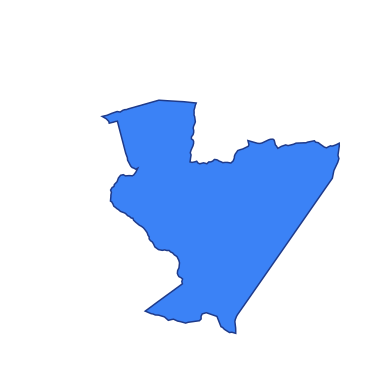 outline of Inajá, Pernambuco, Brazil, rotated 215°
{"feature_id": "56859067B51335287871897", "entity_name": "Inajá", "entity_type": "district", "adm_level": 2, "iso_a3": "BRA", "parent_name": "Brazil", "parent_adm1": "Pernambuco", "projection": "natural_earth1", "projection_center": [-37.801, -8.807], "detail": "fine", "context": "isolated", "style": "filled", "palette": "blue", "viewbox_px": 384, "rotation_deg": 215, "n_neighbors": 0, "source": "geoboundaries", "source_scale": "gbopen_adm2", "svg_char_len": 2907}
<svg xmlns="http://www.w3.org/2000/svg" viewBox="0 0 384 384"><g transform="rotate(215 192 192)"><path d="M75.1,101.3L77.1,104.1L78.3,105.7L82.6,110.5L83.4,112.4L84.2,115.6L84.4,117.6L84.4,134.8L84.6,196.4L84.8,246.8L84.9,273.3L84.9,283.7L88.1,291.0L89.6,299.8L90.8,303.6L93.5,305.8L97.7,314.1L99.4,316.4L101.1,313.3L102.5,311.3L103.6,309.9L105.0,309.3L106.2,307.3L107.1,305.4L109.2,304.7L113.8,304.7L116.9,304.8L119.4,303.7L121.1,304.2L125.9,299.2L126.9,297.6L128.5,296.5L134.8,291.7L136.2,289.4L139.9,285.1L142.3,284.3L145.0,280.6L146.7,277.0L149.3,278.1L150.7,278.4L154.4,281.6L156.0,281.7L158.1,280.1L159.2,278.6L162.7,272.4L164.2,270.7L166.2,269.5L175.7,266.2L172.5,263.4L172.1,261.8L173.8,258.7L175.2,256.2L176.8,254.3L178.3,252.2L178.3,250.4L178.3,247.7L177.8,245.7L176.8,244.0L176.1,241.1L176.8,238.0L179.7,236.7L181.8,235.3L183.6,233.7L185.6,233.4L187.4,232.9L189.5,232.8L190.9,232.3L192.3,231.5L192.8,229.1L194.0,227.3L195.5,226.3L196.0,223.7L198.0,223.0L199.3,222.5L200.5,221.1L201.9,219.5L203.8,219.2L205.8,219.9L207.1,218.2L208.9,216.3L210.9,215.5L211.7,217.2L212.7,219.1L214.0,221.8L215.9,223.1L216.7,225.4L217.2,227.8L217.7,230.4L218.6,232.8L219.8,234.5L221.1,235.2L222.9,235.1L224.1,236.9L224.0,239.5L224.7,241.6L225.9,243.4L227.7,245.0L228.5,247.0L228.9,249.2L229.5,251.4L230.8,252.8L231.9,254.0L233.1,255.3L234.5,256.2L235.7,258.1L237.3,260.2L238.1,262.7L239.0,264.7L239.6,267.3L250.8,261.1L255.1,258.4L259.2,255.9L263.4,253.3L271.8,248.2L291.6,223.9L293.0,221.9L294.3,220.9L295.5,219.3L296.7,216.3L299.5,215.0L302.8,210.5L305.6,206.1L308.9,202.4L304.2,202.8L300.6,202.1L299.3,200.9L296.3,204.3L295.3,205.7L293.7,207.2L290.1,204.1L268.5,185.7L264.6,183.0L263.1,181.2L257.1,178.1L255.1,177.7L253.2,178.2L251.1,178.4L250.1,180.4L249.4,176.2L249.5,172.5L250.2,171.0L252.1,169.9L253.5,168.9L255.8,167.0L258.2,166.8L260.1,164.7L260.3,161.3L259.3,157.5L259.9,153.6L259.1,151.7L260.0,149.9L259.8,146.9L257.8,145.5L256.7,143.0L255.7,141.5L253.6,137.8L252.2,137.9L250.0,136.9L247.8,135.5L245.7,135.5L244.1,135.3L242.2,135.4L239.5,135.1L237.8,135.5L235.6,136.1L234.1,136.3L231.1,135.7L229.2,136.1L226.8,135.8L225.4,136.6L223.7,135.4L220.5,134.9L216.1,134.6L213.7,134.9L211.2,134.8L209.0,134.2L205.5,133.0L203.0,131.2L201.5,130.8L200.2,129.0L198.1,128.3L195.8,128.3L193.6,127.3L190.9,125.7L186.4,125.6L182.8,127.2L181.2,128.9L179.1,129.6L177.1,131.0L175.2,130.6L173.0,131.0L170.4,130.4L167.3,130.5L163.5,128.4L161.6,126.8L159.2,122.5L158.7,119.4L157.3,116.9L155.6,115.8L154.2,115.2L151.6,115.5L149.8,115.3L149.0,112.8L147.2,111.3L157.1,82.3L162.0,67.6L155.7,68.9L154.0,69.7L151.6,70.2L148.7,72.0L142.9,73.9L137.8,73.3L135.5,75.9L134.2,77.2L129.8,78.0L126.8,79.3L122.0,81.0L120.4,83.1L112.1,90.8L111.7,93.2L113.3,95.4L113.7,98.0L111.1,101.3L108.3,102.1L100.2,104.4L91.0,98.3L89.2,98.6L86.8,98.1L83.8,98.2L80.7,98.4L78.9,100.0L75.1,101.3Z" fill="#3b82f6" stroke="#1e3a8a" stroke-width="1.5"/></g></svg>